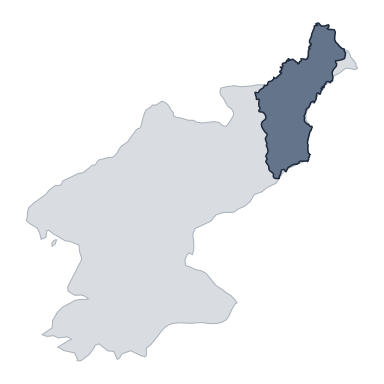 location of Hamgyŏng-bukto within North Korea
{"feature_id": "PRK-3307", "entity_name": "Hamgyŏng-bukto", "entity_type": "Province", "adm_level": 1, "iso_a3": "PRK", "parent_name": "North Korea", "parent_adm1": "", "projection": "robinson", "projection_center": [129.506, 41.787], "detail": "fine", "context": "in_parent", "style": "filled", "palette": "slate", "viewbox_px": 384, "rotation_deg": 0, "n_neighbors": 0, "source": "natural_earth", "source_scale": "10m", "svg_char_len": 7669}
<svg xmlns="http://www.w3.org/2000/svg" viewBox="0 0 384 384"><path d="M237.0,302.9L235.1,303.9L231.9,309.3L228.9,316.2L226.0,319.9L222.7,321.9L219.2,323.1L212.1,323.7L205.7,323.2L203.7,322.5L194.9,322.9L192.4,323.4L179.8,322.8L173.2,323.4L169.0,324.7L164.8,327.5L161.0,331.7L157.8,336.1L151.1,344.3L146.4,348.2L146.4,354.0L146.2,355.7L144.6,356.9L144.0,356.4L141.4,356.0L130.7,350.7L121.8,353.9L119.6,358.1L117.2,359.4L113.8,351.3L108.0,351.0L99.0,343.9L95.1,345.3L94.0,348.2L88.9,354.8L81.8,360.2L79.6,361.0L77.0,360.6L77.4,359.1L74.6,353.0L63.6,350.5L59.7,347.9L57.7,347.3L68.6,340.5L71.4,339.3L69.4,337.7L67.0,336.9L58.2,337.9L53.6,335.7L46.8,336.4L42.1,334.6L52.0,328.0L52.5,324.0L52.4,321.0L57.5,312.1L62.5,307.2L75.4,300.2L81.0,299.3L85.0,299.6L88.3,298.9L84.9,296.2L81.5,295.0L74.9,295.3L68.1,291.3L67.6,287.0L81.3,260.3L81.5,257.8L79.5,251.3L78.9,245.0L69.5,241.3L65.3,240.9L53.2,233.7L48.5,230.1L46.5,231.2L46.1,236.9L44.3,238.2L41.1,239.3L39.6,232.8L37.1,228.1L29.1,223.2L26.3,220.6L27.8,214.9L27.1,214.4L28.5,208.0L33.6,203.1L45.9,194.3L49.1,190.2L55.3,185.4L58.1,185.5L60.9,185.0L61.9,182.9L62.5,181.3L65.0,179.8L71.0,177.1L77.8,173.6L83.1,172.6L89.8,167.4L92.5,165.0L95.2,165.0L95.9,164.0L97.5,161.2L99.6,159.5L102.5,159.1L107.3,157.8L113.3,157.0L117.4,152.6L118.8,149.5L121.5,146.0L127.3,142.2L131.3,136.6L135.7,130.5L137.8,128.6L139.8,128.2L141.0,125.9L142.5,119.4L144.6,113.2L145.8,110.2L150.8,106.9L152.1,105.4L153.2,104.8L155.5,105.3L158.6,103.4L161.6,101.3L164.2,102.0L166.9,103.8L169.7,107.2L170.9,110.0L173.1,112.3L173.5,115.7L175.8,117.2L180.5,117.9L188.2,120.2L193.3,120.3L196.1,122.0L202.1,123.0L214.1,121.6L219.0,122.4L221.1,124.5L224.1,126.2L226.1,126.3L228.7,123.4L231.6,118.7L233.5,115.2L233.4,112.3L231.8,109.3L227.9,106.4L225.3,102.0L222.9,97.5L221.4,96.0L220.2,93.8L220.0,90.4L220.9,88.1L226.9,86.6L234.5,85.7L240.7,86.7L251.1,86.0L257.4,84.7L262.1,84.9L266.4,84.9L268.4,83.0L274.4,78.3L277.3,76.6L280.6,73.4L281.1,70.1L281.7,67.4L283.5,64.6L286.7,61.0L289.4,59.4L292.4,59.6L295.5,61.2L297.5,62.9L299.8,62.4L301.7,59.6L302.9,59.1L306.5,58.8L307.7,57.1L309.0,48.9L310.4,42.4L310.7,37.9L313.9,30.4L314.9,25.9L316.8,23.8L319.1,24.0L320.9,25.3L323.2,26.1L326.3,25.3L328.5,26.5L329.9,28.9L334.5,30.6L334.9,31.8L334.9,39.9L337.4,43.7L340.8,47.2L345.4,50.3L347.9,51.0L349.4,53.3L350.8,57.1L354.1,60.9L355.9,63.6L356.2,66.5L357.7,68.1L355.1,69.8L351.6,68.8L345.9,68.1L338.5,73.7L334.4,75.7L331.5,81.2L325.8,84.4L322.6,87.9L318.5,93.9L315.8,99.7L309.6,105.6L306.0,113.1L305.8,119.5L309.8,126.1L310.1,131.6L307.4,143.1L308.9,155.3L307.2,160.1L288.0,168.4L283.0,172.5L275.9,183.4L267.3,187.4L262.0,191.8L254.5,194.4L249.8,202.0L244.5,206.3L238.3,209.0L233.7,212.3L223.3,212.5L216.0,214.9L210.7,221.3L195.0,228.6L192.8,234.1L193.8,242.7L193.8,249.2L192.4,254.6L189.0,253.0L187.1,254.8L185.0,259.8L185.6,265.4L191.0,267.3L195.4,269.6L201.6,270.8L206.1,273.4L215.8,285.3L223.8,290.6L225.8,292.5L230.4,295.1L234.6,299.2L237.0,302.9ZM55.0,244.4L52.0,246.2L51.9,242.9L54.3,240.1L56.6,239.8L55.0,244.4Z" fill="#d9dde1" stroke="#a8b0b8" stroke-width="1"/><path d="M318.0,23.0L318.7,23.2L319.1,23.5L320.6,25.4L321.1,25.8L321.9,26.1L322.5,26.2L324.5,26.1L326.9,25.2L328.3,24.8L329.0,25.4L328.8,26.3L328.4,27.3L327.8,28.2L327.2,28.7L329.3,29.6L332.1,29.5L334.4,29.9L335.3,32.2L334.6,37.6L334.7,40.0L335.7,42.2L338.5,44.9L338.9,45.9L342.4,48.8L343.0,48.9L343.5,48.9L343.9,48.9L344.2,49.2L344.4,49.7L344.2,50.9L344.4,51.6L345.5,52.4L345.3,55.3L344.5,58.5L342.3,59.5L338.5,60.5L335.7,60.8L335.5,62.5L336.7,63.7L336.3,66.2L333.5,69.4L332.1,72.4L332.7,76.3L332.8,77.2L332.5,80.9L332.3,80.9L331.8,80.7L331.2,81.0L330.5,81.9L330.7,82.0L330.8,82.4L330.5,82.7L330.0,82.6L329.1,81.9L328.4,81.6L327.0,81.6L326.0,82.3L325.7,83.6L325.7,84.0L324.9,84.1L324.8,84.6L324.5,85.0L324.1,86.6L324.0,87.6L323.6,87.8L323.0,86.4L322.4,86.6L322.3,87.9L321.3,88.4L321.7,88.7L321.9,89.0L322.4,89.7L321.9,89.9L321.5,90.2L320.9,91.0L321.1,90.9L321.0,91.5L320.7,92.3L320.6,92.6L320.4,93.8L319.9,94.2L319.5,94.0L319.0,93.4L317.8,93.0L316.9,93.4L316.6,94.8L316.2,96.4L316.3,98.5L315.5,100.6L314.7,101.2L314.6,102.3L314.1,102.7L313.3,101.4L312.6,101.5L310.6,102.6L310.0,104.5L309.3,106.7L308.8,107.4L307.5,108.0L306.2,109.6L305.8,111.7L305.1,114.3L304.0,116.0L304.7,117.5L304.5,118.6L304.3,119.5L304.6,121.4L305.8,122.8L306.8,123.7L307.5,124.3L308.6,124.2L309.0,125.1L309.7,126.0L310.3,126.4L310.6,126.4L311.5,126.3L312.2,127.0L312.2,127.3L311.9,127.5L311.7,128.4L311.6,128.6L311.2,130.0L311.2,130.3L310.4,130.9L309.8,132.3L307.7,140.4L307.4,143.2L308.2,145.6L307.9,146.4L307.8,147.4L307.8,149.5L308.2,152.3L308.4,153.0L309.4,154.0L310.1,154.5L309.6,154.9L309.3,156.3L309.5,156.7L308.5,157.9L308.7,159.2L308.1,160.7L307.6,161.5L307.1,161.4L306.7,160.8L305.9,161.0L304.8,161.2L303.8,161.1L302.9,161.3L302.0,161.1L301.4,161.2L300.1,161.2L299.1,161.9L299.0,163.1L298.0,163.2L297.3,164.0L296.6,164.2L295.1,164.1L292.5,164.9L290.5,166.2L288.6,167.2L288.0,167.9L287.3,168.9L286.5,170.9L286.0,171.7L285.7,171.6L285.2,171.1L284.7,170.2L284.3,169.6L283.4,169.5L282.4,169.7L281.6,170.3L281.3,171.0L281.0,171.6L281.0,172.0L281.0,172.4L280.7,172.9L280.7,173.2L280.5,174.0L280.3,174.4L280.2,175.0L280.0,175.4L279.6,175.8L279.3,176.2L279.3,176.8L279.2,178.4L278.6,178.6L275.8,178.5L274.9,178.3L274.0,177.8L273.4,176.9L273.3,175.8L273.5,174.9L273.5,174.0L272.7,173.0L270.6,171.4L269.6,170.5L269.0,169.4L268.8,168.5L268.8,166.9L268.6,166.1L268.3,165.4L267.9,164.8L267.0,163.7L266.3,162.7L265.9,161.7L266.1,160.7L266.7,159.8L267.1,158.9L266.6,157.9L266.0,156.8L265.9,155.8L266.4,154.7L267.6,152.9L267.9,151.7L267.9,150.0L267.5,148.4L266.3,145.4L267.0,143.6L266.4,142.0L265.6,140.2L265.4,138.4L265.8,137.5L266.9,135.8L267.1,134.8L266.8,133.8L266.2,133.1L265.5,132.5L264.8,131.8L262.6,128.4L261.7,126.4L261.4,124.2L262.0,122.2L263.3,120.9L264.9,119.7L265.9,118.1L265.8,116.3L265.0,114.5L263.8,112.9L262.4,112.1L259.7,111.8L259.0,111.4L258.7,110.7L259.1,110.1L259.7,109.4L260.1,108.6L260.0,107.8L259.2,106.6L258.9,105.9L258.8,105.1L258.8,102.9L258.9,102.0L259.2,100.3L259.1,99.6L258.7,99.1L258.2,99.1L257.0,99.5L256.6,99.4L256.3,98.9L256.3,98.4L256.3,97.3L256.2,96.7L256.0,96.2L255.4,94.5L255.2,93.9L255.1,92.5L255.8,92.3L257.2,92.8L257.9,92.8L258.4,92.4L258.8,91.8L259.4,90.6L260.3,89.6L262.6,88.3L263.6,87.3L264.2,86.0L264.4,85.4L265.4,85.7L267.3,85.1L268.1,82.5L268.5,81.7L269.6,81.4L270.9,81.3L271.8,80.9L273.2,79.5L273.7,78.7L273.8,77.5L275.0,78.2L275.9,78.3L276.6,77.8L278.1,76.3L279.6,75.0L280.6,74.0L281.0,73.7L281.4,73.3L281.5,73.0L281.3,72.4L280.1,72.3L279.8,71.9L279.9,71.1L280.4,70.8L280.9,70.6L281.4,70.3L281.6,69.8L281.5,69.3L281.6,68.8L282.2,68.4L281.9,68.0L281.4,67.7L281.0,67.6L280.5,67.6L280.5,67.1L282.1,67.1L282.7,66.7L283.0,65.8L282.9,65.4L282.6,65.3L282.3,65.0L282.2,64.5L282.4,63.9L282.7,63.5L283.0,63.2L285.8,62.7L286.2,62.5L286.3,61.4L286.8,60.5L287.3,60.2L287.9,61.0L288.7,60.6L288.2,60.0L288.0,59.4L288.1,59.0L288.7,58.8L289.2,59.0L289.7,59.8L290.4,60.1L290.9,60.0L291.5,59.6L292.1,59.3L292.9,59.3L295.4,61.2L295.7,61.7L297.2,62.5L297.5,62.9L297.7,63.6L298.1,63.8L298.7,63.7L299.1,63.3L299.4,62.7L299.4,62.1L299.6,61.6L300.8,61.2L301.2,60.5L301.3,59.6L301.1,58.8L303.2,59.0L305.2,59.5L306.8,59.2L308.1,57.1L308.4,54.8L308.3,52.3L308.5,50.1L309.9,48.8L309.9,48.4L309.0,48.2L308.8,47.3L309.3,46.4L310.6,46.1L310.4,45.2L310.7,44.7L311.2,44.3L311.1,43.8L310.5,43.2L310.0,43.0L309.6,42.6L309.5,41.4L309.6,40.6L309.8,39.9L310.4,38.5L311.3,36.9L311.5,36.0L311.7,34.1L313.5,29.6L313.9,28.9L314.2,28.3L314.2,26.8L314.4,26.1L315.0,25.7L316.6,25.5L317.3,25.2L316.8,25.0L316.4,24.8L316.1,24.4L315.9,23.9L316.5,23.7L317.4,23.2L318.0,23.0Z" fill="#64748b" stroke="#1e293b" stroke-width="1.5"/></svg>